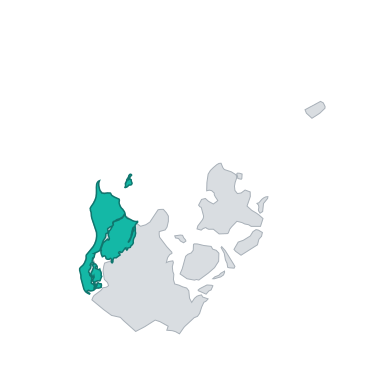 Nordjylland on a map of Denmark (Natural Earth projection), rotated 304°
{"feature_id": "DNK-3418", "entity_name": "Nordjylland", "entity_type": "Region", "adm_level": 1, "iso_a3": "DNK", "parent_name": "Denmark", "parent_adm1": "", "projection": "natural_earth1", "projection_center": [9.42, 57.153], "detail": "fine", "context": "in_parent", "style": "filled", "palette": "teal", "viewbox_px": 384, "rotation_deg": 304, "n_neighbors": 0, "source": "natural_earth", "source_scale": "10m", "svg_char_len": 8934}
<svg xmlns="http://www.w3.org/2000/svg" viewBox="0 0 384 384"><g transform="rotate(304 192 192)"><path d="M112.4,265.1L111.8,265.1L109.1,264.6L107.2,263.5L102.2,264.3L95.6,266.2L92.0,266.1L89.0,264.1L77.1,261.3L75.2,261.0L67.4,260.9L67.0,256.4L66.0,253.2L63.3,248.4L67.4,247.3L66.6,237.9L65.2,233.1L53.8,228.1L44.9,223.3L47.1,207.1L48.0,202.7L44.7,194.3L45.1,184.6L46.6,169.3L49.5,168.7L51.5,168.7L59.5,171.5L62.8,171.7L65.1,174.2L67.7,175.2L69.7,172.6L70.5,168.2L76.8,162.4L81.2,160.3L84.2,159.3L87.3,161.6L89.6,164.2L90.2,158.5L92.1,147.6L86.1,145.9L81.2,147.4L76.3,154.3L72.0,162.9L64.9,163.7L59.3,166.2L54.3,163.6L51.0,161.4L51.0,158.1L51.7,156.1L57.7,149.1L65.7,142.3L73.7,142.4L79.5,140.2L83.0,139.9L93.9,140.4L99.5,138.9L104.5,135.8L115.2,122.7L121.3,117.3L133.6,115.4L144.9,109.1L148.0,109.0L142.7,113.7L141.9,115.5L141.3,118.3L145.1,124.3L144.3,128.0L144.6,135.3L141.0,139.0L137.0,147.1L135.3,148.3L134.9,157.7L135.3,159.9L134.8,168.5L139.0,172.0L143.5,173.9L158.3,173.8L159.8,175.4L161.6,178.0L160.4,182.5L158.8,185.9L154.5,188.8L149.0,190.9L145.6,191.0L140.9,187.0L138.7,188.3L136.4,190.4L132.6,201.5L130.8,209.0L129.8,209.7L127.7,208.5L123.9,208.5L119.1,210.2L121.6,211.8L124.2,214.6L123.1,216.0L119.0,217.5L115.3,220.6L113.7,222.9L109.0,225.6L106.1,229.1L107.5,233.4L108.1,237.1L109.4,241.3L108.3,244.6L102.5,249.4L100.3,253.5L105.3,253.5L108.4,254.4L110.2,255.7L112.0,257.4L110.9,259.6L112.4,265.1ZM230.7,213.3L230.9,218.7L229.8,220.3L228.2,221.3L224.1,222.4L220.5,224.0L217.3,226.7L216.1,230.5L218.7,233.3L223.3,234.9L224.6,240.2L220.8,242.9L211.1,245.5L210.2,251.9L210.5,256.9L210.4,260.6L209.7,265.7L201.8,268.0L196.6,260.3L196.5,257.2L195.0,253.6L194.6,250.5L192.8,245.6L185.3,244.3L182.4,244.1L178.3,245.0L177.3,244.6L172.4,237.9L173.1,230.5L170.5,226.8L170.1,225.1L170.2,223.3L168.0,221.7L165.5,220.9L164.2,216.8L167.1,215.8L174.4,216.2L176.6,216.0L178.5,215.1L184.4,208.3L184.2,206.8L184.8,204.8L191.2,204.1L194.1,206.7L193.5,211.0L194.0,216.4L197.9,217.8L199.4,218.1L201.0,214.1L202.1,212.1L203.6,211.0L204.1,207.4L203.1,205.2L201.2,203.5L208.3,199.0L215.8,195.4L220.1,195.2L224.5,196.1L228.6,197.3L230.8,198.4L232.1,200.0L229.4,204.0L228.7,206.2L230.7,213.3ZM150.2,222.8L152.0,225.6L154.2,231.6L157.6,238.3L156.2,241.1L157.2,244.7L156.3,248.5L149.5,252.8L141.9,253.0L134.0,250.9L122.8,246.9L121.9,244.6L120.3,243.3L117.3,236.4L117.4,227.9L123.0,226.8L135.2,222.7L138.0,223.4L141.0,225.4L144.4,225.6L149.3,222.6L150.2,222.8ZM180.6,261.5L188.1,264.9L193.2,264.7L196.6,266.1L197.5,268.2L197.8,273.0L194.2,274.4L190.2,273.9L184.8,275.8L167.0,268.0L167.2,261.4L167.9,258.9L176.3,258.3L180.6,261.5ZM337.3,254.5L335.8,255.4L328.8,253.9L320.2,250.2L321.3,242.8L323.4,239.7L339.0,247.9L339.3,251.0L337.3,254.5ZM154.3,269.2L152.4,269.5L149.9,265.1L149.5,263.7L152.5,260.9L154.4,257.7L159.3,252.9L162.2,247.2L163.3,247.2L162.0,252.3L155.6,266.5L154.3,269.2ZM125.9,261.8L121.5,262.6L119.3,261.3L115.2,260.8L113.7,252.4L114.1,251.9L116.2,252.5L123.3,256.4L125.8,260.7L125.9,261.8ZM230.6,257.5L229.0,258.3L222.5,257.7L215.3,261.5L212.5,260.3L213.5,257.9L214.3,257.0L216.7,256.0L218.3,254.5L218.9,252.2L220.5,253.5L225.0,254.0L227.2,254.7L229.1,255.8L230.6,257.5ZM148.6,213.5L147.9,214.4L145.2,213.4L144.9,209.9L145.9,206.8L144.7,204.0L146.0,202.2L149.8,206.4L150.8,208.4L149.4,210.7L148.6,213.5ZM166.5,134.8L164.8,136.0L159.1,134.3L161.6,131.8L167.9,130.6L171.5,131.0L167.5,133.5L166.5,134.8ZM143.7,263.9L140.9,264.5L137.7,263.3L132.4,258.9L131.7,257.7L134.5,258.4L137.9,260.8L140.7,261.3L144.6,263.2L143.7,263.9ZM234.9,223.5L231.0,225.8L230.1,225.7L228.8,222.5L230.8,220.6L232.0,219.0L232.9,219.0L234.1,220.8L234.9,223.5Z" fill="#d9dde1" stroke="#a8b0b8" stroke-width="1"/><path d="M95.0,165.9L94.2,164.5L93.7,164.2L92.7,164.1L91.0,164.7L90.6,165.1L89.7,165.5L88.8,165.6L88.5,164.9L88.9,164.2L90.9,163.4L91.3,162.5L91.5,161.8L91.4,161.4L90.4,161.1L90.0,160.9L89.6,160.5L89.3,160.1L89.1,159.8L88.9,159.2L88.7,158.6L88.8,157.9L89.0,157.8L89.9,156.7L90.0,156.4L90.2,156.2L90.2,155.6L90.0,154.9L89.7,154.7L89.3,154.6L88.9,154.4L88.2,153.9L89.0,152.6L89.8,151.5L90.6,150.6L91.9,149.7L92.2,149.6L92.5,149.5L92.9,149.5L93.1,149.3L93.3,148.6L93.5,148.4L99.6,146.9L101.0,147.0L105.8,148.4L105.8,148.8L105.3,149.0L105.3,149.4L105.6,149.7L106.1,149.9L106.7,149.8L107.1,149.6L108.6,147.9L109.3,146.9L110.1,146.2L111.7,145.7L113.1,145.1L115.0,145.5L119.5,145.1L117.0,143.5L115.8,143.2L114.9,142.7L114.5,142.6L114.1,142.7L112.7,144.1L111.9,144.7L111.0,145.0L110.2,144.5L109.5,144.0L108.7,144.2L107.2,145.1L105.6,145.6L102.0,145.6L92.5,148.1L91.7,148.1L90.9,147.9L86.2,145.1L86.5,145.8L86.2,146.2L84.8,146.6L83.8,147.1L83.2,147.3L82.5,147.3L82.8,147.0L82.1,146.6L81.3,146.7L80.6,147.1L79.9,147.7L79.3,147.6L78.4,148.2L77.7,148.9L77.4,149.0L77.0,148.3L76.2,148.0L75.3,148.1L74.6,148.4L75.2,148.9L73.7,149.8L71.6,150.6L70.1,150.3L69.1,150.5L68.2,150.8L67.7,151.2L67.5,152.2L66.9,152.8L66.3,153.3L65.7,153.9L65.5,155.4L65.4,155.5L65.4,156.0L65.2,156.3L64.9,156.5L63.6,157.9L62.6,158.0L62.2,158.1L62.0,158.5L61.7,158.7L61.0,158.9L60.3,159.2L60.0,159.9L60.3,161.7L60.3,162.6L59.7,163.1L59.7,163.4L61.3,163.3L61.7,163.4L62.0,164.1L61.8,164.5L61.2,164.8L60.7,164.9L60.2,164.8L59.2,164.3L58.7,164.1L58.2,164.2L57.4,164.7L56.8,164.9L56.8,165.3L58.8,164.9L59.4,165.0L60.3,165.5L60.7,165.6L63.6,164.7L64.2,164.9L64.3,165.3L64.2,166.3L64.2,166.7L64.8,167.4L65.1,168.0L64.5,168.7L64.1,169.1L63.5,169.3L62.9,169.4L62.6,169.5L62.6,169.8L63.1,170.0L62.3,170.0L61.1,169.2L60.1,168.3L59.6,167.6L59.3,166.8L58.3,166.2L57.2,165.8L56.1,165.6L55.4,165.3L54.5,164.6L53.7,163.8L53.2,163.1L52.7,161.2L52.4,160.9L51.9,160.7L50.7,160.2L50.0,160.1L50.6,162.1L50.8,163.3L50.7,164.0L50.1,164.1L49.8,162.9L49.7,160.5L50.2,158.3L51.1,156.6L58.6,148.0L60.9,146.4L64.3,142.6L65.7,141.7L67.1,141.7L70.6,142.6L72.5,142.6L76.3,142.0L78.0,141.4L79.9,139.9L80.7,139.6L91.1,140.7L94.8,140.4L98.6,139.4L102.1,137.7L105.3,135.3L114.1,123.8L115.7,122.1L118.6,119.9L120.0,118.0L120.5,117.7L121.5,116.7L123.5,116.5L127.3,116.6L131.0,116.2L134.4,115.2L137.3,113.7L142.4,110.1L145.1,108.6L146.2,108.3L147.4,108.2L148.6,108.4L149.6,109.0L147.4,109.6L145.2,111.0L141.9,114.6L140.7,117.8L141.8,120.2L143.9,122.4L145.5,125.0L144.3,127.4L144.4,130.2L145.3,135.6L144.6,136.4L142.4,137.5L141.5,138.4L140.0,140.5L139.3,142.0L138.9,144.3L137.9,146.8L137.4,147.7L137.0,148.1L136.7,148.3L136.2,148.4L134.3,148.4L133.7,148.5L132.9,148.6L129.4,147.0L126.9,145.0L125.1,144.5L123.8,143.5L122.7,143.3L121.9,143.6L120.7,145.0L119.9,145.1L120.7,145.2L121.6,144.4L122.3,144.0L123.0,143.8L123.9,144.0L128.0,147.1L129.4,147.5L131.0,148.6L131.9,148.8L135.2,148.8L136.0,149.2L134.8,150.2L134.6,150.6L134.4,151.3L134.2,152.8L134.0,153.2L134.3,154.0L134.8,156.8L135.0,158.9L135.3,160.1L136.3,162.3L136.7,162.7L137.1,163.0L137.2,163.3L136.6,163.8L136.3,163.8L135.3,163.5L134.8,163.4L132.9,163.4L132.2,163.6L131.5,164.1L130.8,163.6L130.0,163.2L129.1,163.1L128.1,163.4L127.1,163.9L126.7,164.1L126.1,164.1L125.4,164.4L124.2,165.1L122.6,165.5L120.8,166.5L115.0,167.1L115.0,167.5L116.8,167.7L123.1,166.3L124.5,165.7L125.1,165.6L125.2,165.2L125.3,165.0L125.6,164.9L126.0,164.9L126.5,165.2L126.8,165.3L127.2,165.2L127.7,165.0L128.2,164.7L128.3,164.3L128.6,163.6L129.3,163.5L130.6,163.8L130.5,164.0L130.3,164.5L131.1,164.6L129.7,165.7L127.8,166.9L126.4,168.3L123.5,169.5L121.0,169.7L120.0,170.0L118.4,170.7L117.0,171.8L115.3,172.0L114.6,171.9L113.4,171.5L111.6,171.8L109.6,170.1L108.2,170.7L107.4,170.5L107.7,169.3L108.8,168.4L108.0,167.9L103.2,167.8L102.1,166.9L102.3,165.6L101.7,165.1L100.5,165.1L100.2,165.6L100.5,166.3L99.5,167.6L98.0,167.0L95.0,165.9ZM74.2,161.9L73.7,162.4L71.9,163.4L71.7,164.3L68.4,165.0L67.2,165.4L66.8,165.3L65.7,163.5L65.3,163.1L64.2,162.3L63.2,162.0L63.0,161.9L61.7,162.3L61.3,162.2L61.4,161.6L61.6,161.3L61.9,161.1L62.3,160.9L62.7,160.9L62.9,160.6L62.8,160.1L62.7,159.6L62.6,159.4L63.7,158.8L66.7,158.5L67.7,157.5L67.2,157.6L66.7,157.5L66.2,157.4L65.7,157.2L66.0,156.7L66.8,155.9L67.1,155.4L66.9,155.0L66.9,154.1L67.0,153.9L67.3,153.9L67.7,153.9L68.0,153.9L69.2,153.6L71.6,153.3L72.8,152.8L73.7,153.0L74.6,152.3L76.0,150.2L76.9,150.7L77.5,150.1L78.0,149.4L78.5,149.5L78.3,149.9L77.8,150.6L77.7,151.0L77.8,151.2L78.2,152.0L78.3,152.4L78.2,152.5L77.7,154.3L77.3,154.9L77.1,155.2L76.8,155.4L76.8,154.7L76.6,154.3L76.3,154.1L76.0,153.9L75.0,154.5L74.8,154.7L74.7,155.2L74.8,155.6L75.0,155.8L75.1,156.1L75.4,157.9L75.8,158.4L76.5,158.6L76.2,158.9L76.0,159.0L75.7,159.1L75.4,159.0L75.7,159.2L75.9,159.4L75.4,160.0L74.8,161.2L74.2,161.9ZM170.2,130.5L171.3,130.5L171.8,130.6L172.2,130.9L172.5,131.5L172.5,132.1L172.2,132.5L171.2,132.4L170.3,132.2L167.1,132.7L167.8,133.1L168.2,133.9L168.1,134.8L167.1,135.5L166.6,136.2L166.2,136.9L165.6,137.5L164.3,137.7L163.5,137.2L162.4,135.8L160.9,135.6L159.7,135.2L159.0,134.7L158.3,134.1L158.3,133.8L159.7,133.6L161.1,132.7L162.1,132.0L163.8,131.9L164.7,131.7L165.5,131.1L168.5,131.2L170.2,130.5Z" fill="#14b8a6" stroke="#0f766e" stroke-width="1.5"/></g></svg>